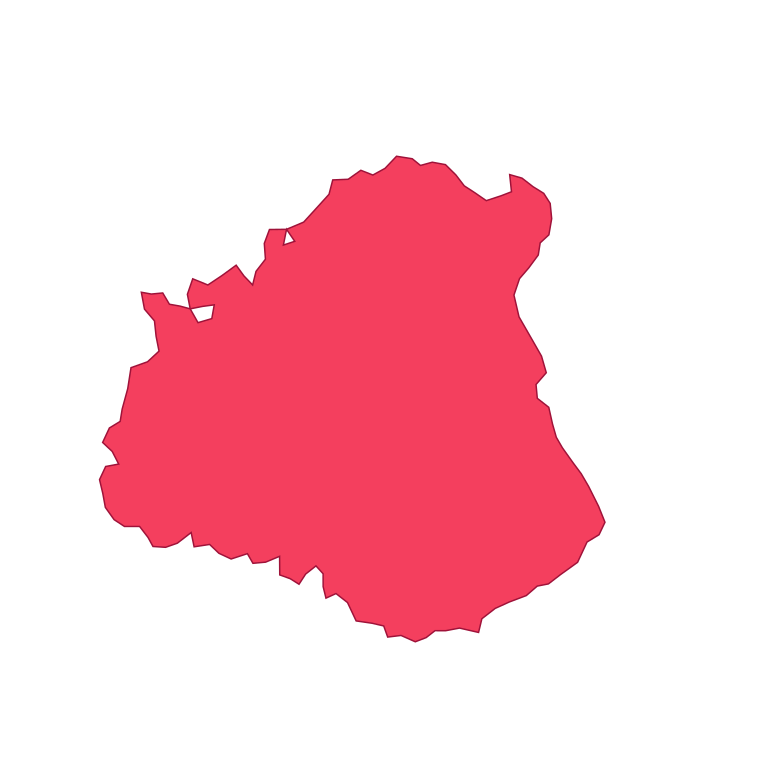 Santa Terezinha do Progresso, Santa Catarina, Brazil, rotated 25°
{"feature_id": "56859067B77763661089078", "entity_name": "Santa Terezinha do Progresso", "entity_type": "district", "adm_level": 2, "iso_a3": "BRA", "parent_name": "Brazil", "parent_adm1": "Santa Catarina", "projection": "natural_earth1", "projection_center": [-53.177, -26.585], "detail": "fine", "context": "isolated", "style": "filled", "palette": "rose", "viewbox_px": 768, "rotation_deg": 25, "n_neighbors": 0, "source": "geoboundaries", "source_scale": "gbopen_adm2", "svg_char_len": 1840}
<svg xmlns="http://www.w3.org/2000/svg" viewBox="0 0 768 768"><g transform="rotate(25 384 384)"><path d="M574.7,569.2L571.9,555.4L579.6,540.4L589.7,528.6L602.4,515.6L608.3,502.4L617.5,495.7L624.6,482.0L634.8,463.8L634.8,441.4L642.6,429.7L642.7,415.9L630.2,404.2L612.8,390.4L600.7,382.0L588.3,375.3L572.6,366.4L562.7,359.5L553.6,349.0L543.2,335.5L529.0,332.2L522.0,320.2L526.3,305.2L515.0,292.2L501.3,282.5L478.0,266.1L464.2,248.5L462.3,231.2L466.1,217.7L469.3,201.9L465.9,190.1L470.4,179.1L466.1,163.3L458.3,150.1L448.2,143.7L435.7,142.2L422.1,139.1L409.4,141.1L418.3,155.9L410.7,163.8L399.2,174.6L385.7,172.3L373.0,170.5L360.7,164.1L347.0,159.2L334.0,162.6L324.7,170.5L314.4,167.9L299.1,172.3L293.8,188.1L285.6,199.3L272.7,200.1L265.0,213.6L251.3,220.7L254.0,235.3L248.7,252.4L242.8,271.2L230.3,285.0L214.9,292.4L216.1,307.2L223.8,321.0L220.4,336.0L223.1,349.8L211.3,345.2L199.8,338.8L191.2,354.4L182.5,368.7L166.2,369.5L167.9,385.8L176.6,397.8L166.2,399.6L155.8,402.4L145.0,395.0L135.1,400.8L125.3,403.4L135.3,417.4L149.3,423.8L157.3,437.1L166.2,449.3L160.3,463.8L147.8,476.1L153.7,496.5L157.3,517.4L160.7,529.4L153.7,539.9L153.7,555.9L166.2,560.0L177.4,568.7L166.6,576.4L166.6,590.9L175.3,601.9L183.6,613.6L196.7,621.0L209.0,622.8L222.7,616.4L235.0,622.8L243.3,628.9L255.1,624.3L264.0,615.6L272.0,600.1L280.7,611.8L293.8,603.1L305.9,607.2L319.4,607.2L331.9,595.5L341.0,601.9L352.0,595.5L362.2,584.3L370.2,601.1L381.2,600.1L391.6,601.4L393.3,589.4L399.2,577.6L409.0,581.7L414.5,593.4L421.9,602.6L429.1,594.2L443.3,597.5L458.9,610.5L474.2,605.9L486.0,603.4L494.3,611.8L505.7,604.7L521.3,604.4L529.4,596.0L534.5,586.0L544.2,581.5L555.6,573.3L574.7,569.2ZM176.6,397.8L186.7,390.4L196.7,384.0L200.3,397.5L189.5,407.0L176.6,397.8ZM230.3,285.0L242.8,292.4L234.1,300.6L230.3,285.0Z" fill="#f43f5e" stroke="#9f1239" stroke-width="1.5"/></g></svg>